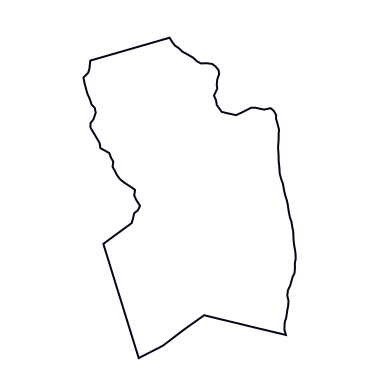 outline of São José da Lagoa Tapada, Paraíba, Brazil, rotated 261°
{"feature_id": "56859067B38377179497869", "entity_name": "São José da Lagoa Tapada", "entity_type": "district", "adm_level": 2, "iso_a3": "BRA", "parent_name": "Brazil", "parent_adm1": "Paraíba", "projection": "robinson", "projection_center": [-38.124, -6.942], "detail": "fine", "context": "isolated", "style": "outline", "palette": "ink", "viewbox_px": 384, "rotation_deg": 261, "n_neighbors": 0, "source": "geoboundaries", "source_scale": "gbopen_adm2", "svg_char_len": 1630}
<svg xmlns="http://www.w3.org/2000/svg" viewBox="0 0 384 384"><g transform="rotate(261 192 192)"><path d="M246.4,287.1L250.8,286.5L254.9,287.1L259.1,285.6L262.5,282.8L262.1,276.2L265.3,267.8L266.0,263.7L262.7,253.5L261.0,247.6L264.0,239.9L266.5,233.9L274.0,230.1L278.8,230.1L283.8,228.8L290.3,233.2L294.0,233.2L299.3,234.6L304.4,237.3L308.2,237.3L312.6,234.7L315.4,231.8L316.9,226.6L317.6,220.9L320.1,217.6L324.7,213.9L328.8,208.8L332.1,204.5L336.3,201.3L339.2,198.1L343.2,195.9L347.9,194.0L337.7,112.1L333.7,111.0L329.8,110.0L326.0,108.1L322.0,102.7L315.8,102.9L310.5,103.5L305.6,104.0L299.8,105.6L294.1,106.5L290.3,109.1L285.3,109.3L279.1,106.0L276.1,102.6L271.6,101.8L261.2,105.9L254.9,108.4L249.6,108.4L247.2,111.6L243.4,116.4L238.0,117.5L234.4,119.0L229.2,117.5L225.6,118.9L220.4,120.5L215.8,123.0L212.4,126.0L207.5,131.4L203.0,136.1L197.7,134.4L193.4,135.5L186.4,138.5L182.4,135.7L180.1,131.6L174.3,129.3L170.7,127.5L157.6,102.0L154.6,96.3L122.7,100.9L36.3,113.4L44.8,139.3L57.5,162.9L68.4,184.8L64.8,193.2L61.9,200.2L55.4,215.9L48.2,233.1L36.1,262.4L41.6,261.7L45.2,262.4L49.1,263.3L52.7,265.2L56.0,266.3L60.8,267.8L65.0,269.3L69.6,270.3L74.9,269.9L80.0,271.4L84.3,274.4L88.9,276.5L92.4,278.1L95.9,280.6L100.4,281.7L105.7,282.5L109.6,283.9L113.8,284.5L118.1,284.7L121.6,284.6L127.2,284.7L132.1,285.2L137.4,285.8L141.6,285.6L146.8,285.6L151.8,284.7L158.0,284.5L165.2,284.6L169.3,284.3L174.8,283.5L178.6,283.2L185.8,283.1L190.3,282.2L196.3,281.5L202.4,282.1L208.5,282.4L214.3,283.2L218.8,283.6L223.2,284.1L227.7,285.2L231.5,286.0L236.0,286.7L239.8,287.7L246.4,287.1Z" fill="none" stroke="#020617" stroke-width="2"/></g></svg>